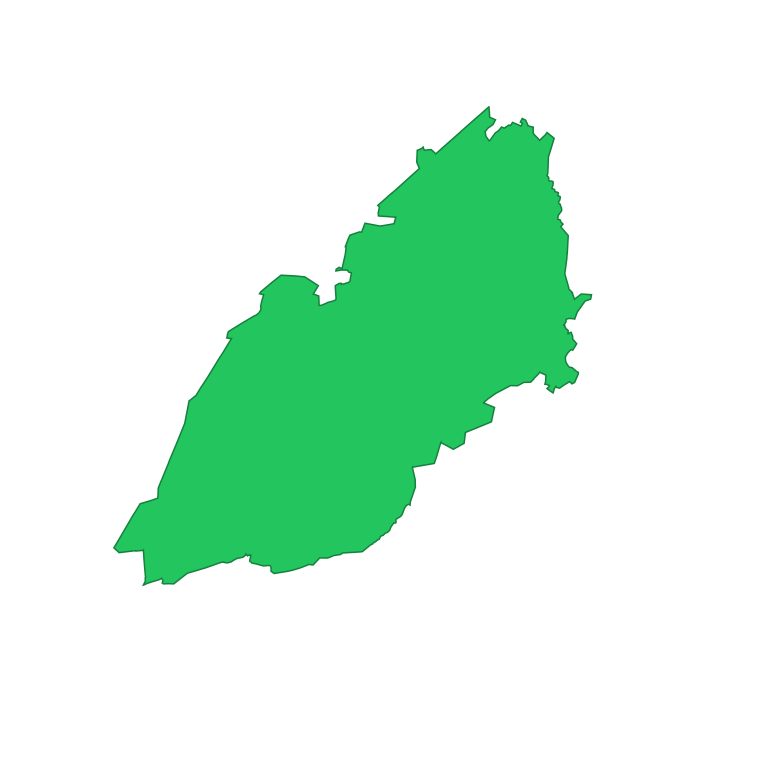 the district of Lēdmanes pag., Lielvardes, Latvia, rotated 123°
{"feature_id": "27541924B44390413631037", "entity_name": "Lēdmanes pag.", "entity_type": "district", "adm_level": 2, "iso_a3": "LVA", "parent_name": "Latvia", "parent_adm1": "Lielvardes", "projection": "robinson", "projection_center": [24.989, 56.772], "detail": "fine", "context": "isolated", "style": "filled", "palette": "green", "viewbox_px": 768, "rotation_deg": 123, "n_neighbors": 0, "source": "geoboundaries", "source_scale": "gbopen_adm2", "svg_char_len": 6070}
<svg xmlns="http://www.w3.org/2000/svg" viewBox="0 0 768 768"><g transform="rotate(123 384 384)"><path d="M277.6,493.6L281.0,493.2L290.0,491.2L289.7,490.4L290.6,489.9L296.6,487.0L310.1,482.0L310.6,485.2L313.9,486.6L315.4,485.9L311.4,481.5L308.5,476.8L309.3,474.6L309.4,474.3L308.9,473.1L308.5,471.9L316.5,468.5L318.6,469.4L322.3,472.6L323.6,474.0L322.8,474.6L323.9,476.3L328.1,478.4L330.1,477.0L337.8,471.2L338.3,471.0L338.3,470.9L339.5,470.3L340.5,470.8L341.6,471.4L346.0,475.4L348.9,477.2L352.0,479.3L352.2,479.5L353.4,481.3L350.7,483.1L345.7,486.7L347.1,492.3L337.3,492.6L337.3,508.1L337.3,508.7L340.7,515.4L343.2,519.9L348.8,529.6L359.8,533.3L373.9,537.6L374.4,537.6L376.1,537.6L374.7,533.5L380.7,531.8L385.4,530.0L388.8,527.7L392.7,527.7L395.7,528.7L397.9,530.1L412.5,537.3L424.7,543.0L427.3,542.5L429.9,541.2L431.0,541.0L430.2,538.9L428.9,536.7L445.3,536.2L453.3,536.2L475.3,535.6L487.3,535.7L496.4,535.4L497.1,535.8L504.6,538.3L504.7,538.1L525.5,529.7L534.7,527.9L538.6,527.2L542.9,526.3L566.0,522.1L568.3,521.5L591.5,517.2L594.3,516.6L601.0,512.6L603.0,511.6L609.3,516.5L617.2,523.3L626.8,523.0L630.7,523.0L660.1,521.6L668.5,521.3L669.1,517.7L669.7,514.3L659.0,501.5L659.3,501.2L655.0,495.7L654.3,495.4L660.6,490.6L660.9,490.5L673.0,481.1L675.6,479.0L676.8,478.6L678.7,477.2L679.3,476.8L683.7,476.3L682.9,475.6L681.3,474.7L679.7,473.6L670.4,465.9L669.1,465.1L668.1,464.7L669.1,462.6L669.6,462.2L670.8,461.9L671.6,461.6L671.3,461.3L671.8,460.2L668.8,455.9L666.1,451.4L663.3,450.5L649.9,445.9L647.3,443.7L635.6,433.7L623.5,424.4L622.1,423.1L620.6,421.6L620.9,421.4L619.5,418.1L616.5,415.3L613.8,414.2L610.3,412.2L607.1,409.0L606.3,408.0L603.4,407.0L601.8,407.2L602.4,405.4L602.3,405.1L602.4,404.9L601.8,404.7L601.5,404.4L601.4,404.1L601.4,403.8L601.0,403.6L600.9,403.4L600.2,403.3L600.1,403.0L600.2,402.5L600.6,402.1L600.8,402.1L601.1,401.8L601.5,401.7L602.0,401.7L604.9,400.6L605.7,400.2L605.8,399.9L605.8,398.6L606.1,397.2L604.7,393.7L602.3,386.2L602.0,385.7L600.5,383.8L600.5,383.7L600.1,383.4L598.6,381.2L598.5,380.6L598.5,380.3L599.3,378.9L602.6,376.7L602.8,373.0L593.7,362.9L589.9,359.2L584.1,354.3L577.4,349.4L576.5,349.0L576.4,349.0L574.4,344.9L565.0,343.2L563.1,340.4L560.7,336.5L560.1,336.1L558.6,334.9L557.7,334.4L555.2,332.7L550.7,327.6L548.2,326.6L537.7,312.4L536.3,310.8L526.4,307.7L525.4,307.1L524.3,306.4L523.4,306.5L520.4,305.0L518.8,304.6L518.0,304.5L517.4,303.7L517.0,303.5L514.2,303.8L513.5,303.8L512.5,303.3L511.5,302.3L509.0,301.8L508.0,301.4L506.8,300.4L504.2,299.6L503.8,299.6L499.9,300.3L495.8,300.2L495.0,299.7L494.5,298.8L494.1,298.5L493.3,298.6L492.2,299.6L490.9,300.1L490.1,299.9L486.2,298.0L483.6,297.7L476.6,299.2L476.0,299.1L474.2,299.1L472.8,298.7L471.9,298.2L471.6,297.9L471.5,297.6L471.4,296.2L468.3,297.8L453.4,301.5L446.8,306.1L446.4,306.6L438.8,314.5L438.3,314.8L438.1,314.8L438.2,314.6L434.9,311.2L434.7,310.9L434.3,310.5L423.4,298.7L423.1,298.6L414.9,300.7L411.4,301.8L402.1,304.5L401.9,304.5L402.2,304.2L401.5,297.9L401.5,296.9L401.0,290.3L390.1,284.5L380.3,289.3L357.2,273.3L352.2,275.3L343.5,278.5L345.6,290.2L345.5,290.3L339.6,288.6L330.7,285.0L316.4,277.0L312.7,271.0L306.5,267.6L302.6,262.0L298.4,261.1L298.2,261.1L297.9,261.3L291.3,259.9L289.3,259.9L289.3,259.3L288.4,253.1L289.0,252.6L293.8,249.9L296.6,248.9L295.5,246.5L295.4,244.2L299.1,244.8L299.3,241.9L299.4,237.3L298.5,237.5L296.0,238.4L294.9,238.6L292.7,238.6L292.4,238.7L292.3,238.4L292.7,238.0L292.9,237.5L292.3,235.6L291.8,234.4L288.3,233.1L280.9,229.6L281.5,226.4L278.9,225.0L269.7,226.5L268.4,227.3L268.6,229.2L267.8,235.2L269.0,237.9L268.1,240.5L267.0,242.5L266.3,243.6L265.2,244.7L262.5,246.6L261.7,246.7L258.0,246.8L253.4,246.0L253.3,245.9L253.2,245.7L252.9,244.1L245.3,244.3L243.9,248.9L244.0,249.1L244.0,249.5L243.7,250.1L241.0,252.0L240.5,252.9L238.7,255.1L238.8,255.4L240.1,256.2L241.7,256.9L241.2,257.4L239.5,258.2L239.4,258.3L238.8,258.7L238.8,259.2L238.6,259.7L238.5,260.6L238.5,261.7L237.9,262.3L237.6,263.4L236.3,264.3L236.4,264.7L236.9,265.1L236.8,265.4L236.5,265.5L234.4,265.2L232.9,265.2L232.0,265.6L230.6,266.6L228.1,264.4L225.7,259.7L225.7,259.4L218.5,261.1L204.8,260.5L200.3,256.9L196.1,258.6L201.1,267.6L209.2,270.4L205.0,275.7L205.1,275.8L204.7,275.9L203.7,280.6L202.2,282.0L193.1,292.4L179.6,298.8L176.0,300.8L175.8,301.0L174.8,301.6L174.7,301.4L159.2,310.3L155.9,321.4L152.4,320.9L151.7,324.2L150.5,325.3L150.6,326.3L151.2,327.9L150.7,328.1L150.1,328.7L149.8,328.9L147.7,329.6L146.1,329.6L142.8,329.4L142.1,329.4L141.6,329.6L141.3,329.7L141.0,330.0L139.7,331.0L138.5,332.8L138.2,333.1L137.2,334.3L137.3,334.8L137.4,335.2L137.3,335.4L137.1,335.9L136.7,336.4L136.2,336.7L135.9,336.8L135.5,336.8L134.9,336.6L133.9,336.8L132.0,337.5L131.2,337.9L130.9,338.5L130.9,338.9L131.3,340.1L131.5,340.6L131.5,340.8L131.4,340.9L129.3,341.5L128.8,341.7L128.7,341.9L128.7,342.9L129.0,343.8L129.3,344.5L129.5,345.4L129.3,345.7L128.0,346.8L128.1,347.7L128.5,349.5L128.2,349.9L125.3,350.6L123.2,351.6L122.3,352.4L122.4,353.7L123.5,355.6L123.6,356.4L122.9,357.3L122.6,357.5L121.8,357.7L121.5,358.0L120.9,358.8L120.6,359.7L120.5,360.2L120.6,360.6L119.9,361.1L118.4,361.2L103.7,369.9L95.3,372.2L85.3,375.1L85.0,377.3L84.8,379.3L84.3,384.3L87.4,384.4L90.4,385.2L94.9,386.2L94.1,388.8L93.2,393.2L92.5,395.4L88.7,397.9L87.3,398.6L87.3,398.9L87.9,400.3L89.0,403.9L88.8,403.9L85.6,408.9L86.0,412.7L90.1,412.3L90.0,409.8L93.1,409.6L93.4,412.0L94.6,418.7L98.3,418.6L98.9,420.4L103.8,422.4L104.5,425.4L109.1,425.9L112.8,427.4L122.4,427.9L122.8,428.2L120.8,433.3L117.4,436.6L112.9,436.2L107.1,433.9L101.7,434.4L102.7,440.7L102.6,440.9L101.7,441.4L97.7,444.4L94.4,446.9L94.5,447.0L130.1,457.0L131.5,457.3L146.7,461.5L153.8,463.5L162.8,465.9L162.8,466.1L161.9,470.6L161.7,471.9L161.8,472.3L166.0,477.5L165.3,478.5L164.0,480.2L165.3,480.5L167.1,481.4L168.8,482.5L169.9,483.4L179.9,477.5L180.7,476.6L184.0,471.7L216.9,480.5L219.2,481.3L223.9,482.7L226.4,483.3L237.6,486.5L238.2,484.1L243.6,482.1L246.1,480.2L237.7,465.0L244.1,462.9L248.6,467.7L253.7,473.3L259.5,487.5L268.8,485.5L269.8,487.4L277.6,493.6Z" fill="#22c55e" stroke="#15803d" stroke-width="1.5"/></g></svg>